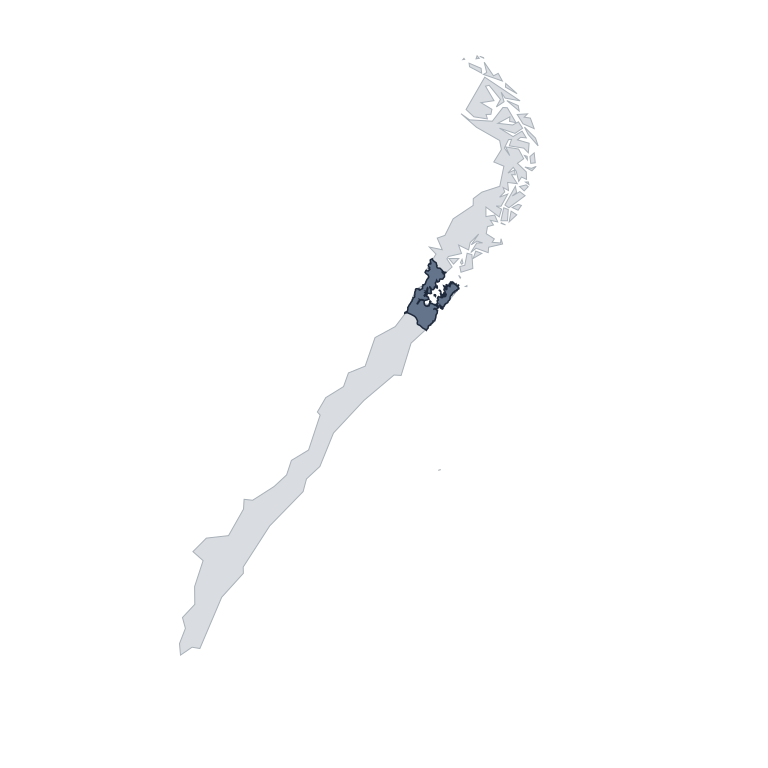 Los Lagos highlighted on a map of Chile, rotated 208°
{"feature_id": "CHL-2704", "entity_name": "Los Lagos", "entity_type": "Region", "adm_level": 1, "iso_a3": "CHL", "parent_name": "Chile", "parent_adm1": "", "projection": "robinson", "projection_center": [-73.115, -42.159], "detail": "fine", "context": "in_parent", "style": "filled", "palette": "slate", "viewbox_px": 768, "rotation_deg": 208, "n_neighbors": 0, "source": "natural_earth", "source_scale": "10m", "svg_char_len": 9817}
<svg xmlns="http://www.w3.org/2000/svg" viewBox="0 0 768 768"><g transform="rotate(208 384 384)"><path d="M422.4,64.0L429.9,61.5L436.4,49.1L442.7,58.8L444.6,75.0L452.3,83.2L447.6,100.6L456.1,116.2L460.8,143.1L474.0,146.3L468.5,164.5L450.1,177.1L449.3,207.6L453.4,216.5L445.4,219.7L432.9,241.9L427.3,258.0L429.9,273.1L419.6,290.3L425.8,326.6L429.7,328.0L429.0,344.7L418.5,362.7L420.6,377.1L409.0,390.9L413.7,420.8L401.0,440.0L397.7,460.3L400.3,482.2L394.7,491.5L395.2,500.0L400.2,503.0L399.1,523.1L408.3,526.2L395.6,529.9L405.5,537.8L400.0,543.8L400.5,562.3L389.1,583.5L392.2,589.6L387.7,599.3L374.6,612.9L380.4,632.6L391.3,631.6L390.4,646.1L396.2,653.3L423.0,654.1L442.9,658.8L432.5,657.4L411.7,666.9L408.8,684.0L404.8,685.8L390.2,676.7L396.4,674.8L398.3,679.0L405.9,667.6L392.0,673.1L388.4,678.6L381.7,674.9L386.0,666.8L402.2,664.1L386.2,663.0L380.8,672.1L373.9,668.1L379.2,665.9L380.8,662.2L368.9,664.7L365.1,655.9L371.3,657.9L385.2,653.1L386.2,659.9L388.8,658.2L388.5,648.9L380.2,644.7L387.8,650.5L375.5,654.6L366.4,648.5L369.8,641.5L358.0,638.1L354.2,631.6L359.7,631.3L360.2,626.2L367.1,633.9L371.6,636.0L373.6,628.4L369.3,634.1L366.3,630.4L369.6,628.7L360.4,623.4L369.5,620.0L364.9,613.3L371.1,613.4L367.6,610.3L369.7,603.2L363.9,609.8L364.1,595.9L368.6,593.8L362.3,593.6L360.7,585.6L377.1,588.1L372.6,579.7L365.6,585.1L359.7,580.5L366.9,578.5L362.0,575.8L366.5,571.5L364.3,564.7L354.7,563.9L355.0,559.9L347.3,563.2L348.9,567.2L345.0,563.3L355.8,553.9L353.7,548.9L366.4,547.1L369.1,540.8L368.3,552.1L363.1,554.9L369.0,553.8L372.3,547.9L370.8,560.9L374.3,549.4L372.3,542.1L383.4,541.7L376.8,535.6L387.0,526.8L387.2,524.0L378.8,519.3L385.9,499.6L385.7,485.9L390.9,488.2L389.6,481.1L385.0,479.8L391.6,475.3L392.3,472.7L372.0,476.9L368.5,463.5L379.3,432.8L372.9,399.6L379.4,396.6L394.0,360.1L405.6,317.0L401.9,281.1L407.9,263.8L404.9,251.0L418.3,205.1L422.4,156.3L419.3,150.8L427.2,119.6L422.4,64.0ZM440.4,664.9L439.1,702.2L396.8,697.9L411.3,693.3L417.6,696.7L410.5,689.6L414.9,681.4L414.8,690.0L431.4,697.1L434.2,694.6L419.9,685.8L430.5,677.9L417.7,677.2L416.2,672.3L420.4,669.9L417.2,666.6L430.1,662.1L440.4,664.9ZM371.6,504.9L362.9,502.9L367.8,477.8L376.5,484.8L371.3,491.7L376.3,497.8L371.6,504.9ZM361.3,598.8L360.8,620.2L356.9,615.4L359.0,610.2L354.4,617.6L347.8,616.5L356.5,598.2L361.3,598.8ZM421.7,707.1L441.6,704.0L439.5,707.2L446.6,715.2L432.0,707.5L429.0,711.9L421.7,707.1ZM372.2,523.3L368.4,526.7L372.0,538.5L367.1,539.5L359.8,527.7L368.5,518.8L372.2,523.3ZM383.4,679.0L392.9,684.5L384.1,689.9L385.5,685.4L379.6,687.5L371.3,680.0L383.4,679.0ZM392.8,688.5L408.6,691.9L396.2,692.8L392.8,688.5ZM459.5,707.2L446.5,708.3L443.7,704.3L457.4,704.3L459.5,707.2ZM361.0,595.8L356.2,596.4L351.6,586.1L357.4,583.0L361.0,595.8ZM352.9,596.3L346.2,595.7L349.6,585.9L352.9,596.3ZM385.6,525.3L376.9,529.9L378.9,522.5L385.6,525.3ZM358.0,647.7L361.9,653.3L359.9,658.6L354.3,650.3L358.0,647.7ZM359.7,666.6L373.8,672.0L380.6,676.8L365.6,672.2L359.7,666.6ZM365.4,544.4L358.9,545.3L364.2,536.8L365.4,544.4ZM402.8,702.8L416.1,703.1L417.6,706.5L402.8,702.8ZM353.7,600.0L349.9,605.6L346.5,606.2L347.2,600.4L353.7,600.0ZM357.0,622.0L352.0,626.5L349.3,625.9L350.9,620.3L357.0,622.0ZM361.5,641.7L355.0,643.7L351.8,647.6L353.5,641.7L361.5,641.7ZM351.5,630.2L349.7,628.2L353.9,628.7L351.5,630.2ZM373.6,530.7L371.0,527.8L371.6,526.2L373.5,527.1L373.6,530.7ZM367.3,651.7L364.5,652.2L362.7,649.3L367.3,651.7ZM356.1,581.4L351.4,581.5L356.0,580.8L356.1,581.4ZM455.4,714.3L455.9,717.5L452.8,716.3L455.4,714.3ZM366.4,513.2L369.1,515.0L366.4,514.1L366.4,513.2ZM453.3,718.3L449.3,718.9L449.0,718.5L453.3,718.3ZM466.7,707.4L466.3,709.1L465.2,708.5L466.7,707.4ZM295.6,333.2L294.1,334.8L294.0,334.7L295.6,333.2ZM357.9,508.3L357.0,509.8L356.5,508.9L357.9,508.3Z" fill="#d9dde1" stroke="#a8b0b8" stroke-width="1"/><path d="M399.9,481.2L400.5,482.0L400.5,482.9L400.3,483.2L399.6,483.7L398.4,483.9L397.8,484.5L397.5,484.3L397.1,483.6L396.6,483.6L396.2,484.0L395.9,484.9L395.0,486.0L394.8,486.4L395.0,486.9L395.9,487.9L395.6,489.0L396.2,489.8L395.0,490.7L394.7,491.2L394.6,491.8L394.8,492.3L394.7,492.9L395.0,494.0L395.1,496.5L394.6,498.9L394.8,499.6L395.9,500.7L396.5,501.0L398.6,501.2L400.2,501.9L400.2,504.1L400.0,504.3L399.4,504.1L398.0,504.5L397.9,505.3L397.5,505.7L397.5,506.4L397.3,506.7L397.5,506.9L398.0,506.8L398.5,507.0L398.6,507.6L398.3,508.1L398.4,508.3L399.4,508.4L400.6,509.4L400.7,510.9L399.4,511.6L399.1,512.1L399.2,512.4L399.5,512.5L400.1,512.4L399.9,513.4L400.4,513.7L401.4,515.1L401.2,515.7L400.2,517.2L399.4,516.4L397.0,515.7L395.1,515.6L394.6,515.3L393.7,514.1L392.9,513.6L392.7,513.3L392.9,512.8L391.7,511.7L390.7,511.7L389.3,512.4L388.7,512.5L385.8,511.6L385.0,510.0L384.6,510.2L384.3,511.1L383.6,510.9L381.9,511.6L381.7,511.4L381.9,511.1L382.7,510.5L382.9,509.8L383.8,509.5L383.7,509.2L382.1,509.2L380.9,507.0L381.3,505.6L381.3,504.4L381.7,503.9L383.8,503.0L383.8,502.2L383.4,500.6L384.4,499.2L385.3,499.1L385.5,499.9L386.3,500.3L385.9,499.1L386.1,497.3L384.8,496.1L384.4,494.6L384.4,493.6L384.8,493.4L385.0,493.1L384.4,492.3L384.6,491.1L385.0,490.2L386.0,490.0L387.1,490.2L388.5,491.2L389.1,491.2L388.8,490.6L387.1,489.8L386.5,489.0L386.5,488.2L385.9,488.1L385.5,486.8L384.9,486.7L384.7,486.6L384.7,486.3L385.2,485.7L388.3,484.6L388.8,485.1L390.2,489.1L390.7,489.5L390.8,489.1L390.5,487.6L389.9,486.5L390.0,486.1L390.9,485.6L390.2,485.5L389.9,484.9L390.0,484.5L390.7,484.0L389.8,483.7L389.8,482.6L390.1,481.0L389.4,480.6L388.5,482.0L388.0,482.0L387.7,481.6L387.4,481.8L387.0,481.4L386.6,481.7L386.3,481.7L385.0,480.9L384.7,480.4L384.1,479.9L385.1,479.2L385.2,478.7L387.6,476.6L388.7,476.7L389.2,476.4L389.7,476.5L390.9,476.0L391.8,475.3L392.5,475.3L391.9,474.7L392.2,473.4L392.5,473.1L392.1,472.4L392.5,471.0L392.5,470.6L392.2,470.4L391.9,470.7L392.2,471.1L391.8,471.9L391.5,474.3L390.9,475.5L388.5,476.4L387.2,475.9L386.9,474.7L386.4,474.3L386.0,473.5L384.8,472.7L384.2,472.9L383.3,472.4L382.8,473.0L382.2,472.9L382.0,473.2L382.0,473.7L381.0,474.0L380.9,474.2L381.2,474.5L381.1,474.8L381.5,475.1L381.4,475.6L381.7,476.1L381.1,476.4L380.5,477.1L380.1,477.1L379.7,477.7L376.4,477.5L376.6,477.9L375.5,478.0L373.1,477.2L371.7,477.0L372.1,476.6L372.5,475.9L372.6,475.1L373.0,474.7L374.6,474.6L375.5,472.9L374.4,474.3L373.8,474.4L373.1,474.2L372.3,474.2L371.5,473.7L371.1,473.8L371.0,473.5L371.1,473.1L370.5,472.1L370.3,471.3L370.5,469.8L370.3,468.8L369.4,466.6L369.4,466.0L369.2,465.6L369.0,463.5L370.3,462.5L369.7,461.6L370.1,460.8L370.2,459.8L370.9,458.8L370.5,458.1L370.8,457.7L371.6,457.1L372.1,456.0L371.3,453.9L371.6,453.3L371.8,451.2L372.9,451.6L376.1,451.6L379.7,452.6L381.7,452.4L382.6,452.6L383.3,453.4L383.8,455.1L384.2,455.6L386.5,457.3L387.8,457.9L389.3,458.2L393.1,458.2L396.7,457.9L398.4,456.8L398.9,456.2L399.1,456.6L399.0,457.2L397.5,459.1L398.1,461.3L399.0,462.9L398.7,463.9L398.9,465.3L398.7,466.9L398.4,467.1L398.6,468.3L398.2,470.4L398.5,471.6L398.4,472.9L398.9,473.9L397.8,474.8L397.8,475.4L398.6,476.5L398.8,477.7L399.7,479.1L400.0,480.4L399.9,481.2ZM363.7,503.8L363.2,504.0L362.7,503.5L362.6,503.1L363.1,502.7L363.4,501.6L364.0,501.3L364.0,501.1L363.6,500.6L363.9,500.2L364.4,500.1L365.1,499.3L365.1,499.1L364.7,498.7L365.4,498.3L365.1,497.4L365.8,497.2L366.0,496.8L366.1,496.1L365.9,495.9L366.1,495.5L365.9,494.8L366.3,494.5L366.1,494.0L366.5,493.5L366.5,492.6L366.3,491.5L366.0,490.7L365.6,490.4L365.7,489.9L365.6,489.0L366.3,487.0L365.9,486.1L366.0,485.6L367.5,483.7L367.4,483.0L367.7,482.4L367.5,480.5L368.1,479.8L368.2,479.5L367.8,478.9L367.5,478.7L367.4,478.0L367.8,477.4L369.0,478.1L369.2,477.7L369.5,477.6L369.8,478.0L369.8,478.7L368.5,478.3L368.2,478.4L368.2,478.7L368.5,479.1L370.2,479.5L370.5,479.5L370.8,478.9L371.6,479.7L371.5,478.9L372.7,478.1L373.5,478.5L373.9,477.9L374.5,478.0L374.9,478.6L375.1,478.5L375.4,478.7L374.7,479.2L375.0,479.8L374.8,480.2L374.4,480.2L374.3,480.5L374.9,480.8L375.5,481.7L376.0,482.2L376.2,482.8L375.4,483.5L375.6,484.0L377.0,484.8L376.8,485.2L377.2,485.6L377.1,486.3L376.9,486.8L376.4,486.7L375.3,487.1L374.1,487.1L373.1,487.6L372.8,487.9L373.0,488.6L372.7,489.3L373.1,489.9L373.8,490.4L372.5,490.8L371.8,490.7L371.3,490.2L371.8,489.5L371.7,489.4L371.1,489.8L370.8,490.4L371.2,490.9L370.9,491.7L371.0,492.1L372.1,492.9L372.6,493.0L373.6,494.4L375.2,495.2L375.5,495.7L375.5,496.6L375.3,496.8L374.4,496.8L373.9,496.6L373.7,496.9L372.5,496.6L373.4,497.2L373.3,497.8L373.6,497.9L373.7,498.2L374.3,498.3L375.1,499.8L374.2,499.5L373.9,499.5L373.9,499.8L374.5,499.8L375.6,500.6L375.4,501.1L375.1,501.2L374.2,500.8L372.3,501.4L372.1,500.8L371.5,501.0L372.0,501.9L371.8,502.6L372.0,502.9L373.1,504.0L373.1,504.3L372.9,504.4L372.2,504.4L373.0,505.0L373.1,505.3L372.9,505.6L372.2,505.8L371.2,505.2L371.2,506.1L370.8,505.9L370.5,506.3L370.1,506.3L369.4,505.3L368.8,505.4L368.5,505.7L368.0,505.3L367.6,505.2L367.3,505.5L367.2,505.9L366.6,505.1L364.2,504.5L363.7,503.8ZM376.7,490.6L376.6,491.3L375.7,490.1L373.8,489.3L373.3,488.2L374.8,488.1L375.2,488.9L376.7,490.6ZM389.4,484.1L388.0,483.2L388.3,482.7L388.8,482.3L389.2,482.4L389.5,482.7L389.5,483.9L389.4,484.1ZM373.9,497.8L374.2,497.4L374.7,497.5L376.6,498.1L377.3,498.7L376.1,498.8L375.4,498.2L373.9,497.8ZM373.9,491.5L373.9,492.6L373.0,492.3L372.3,492.5L371.8,491.9L373.1,491.7L373.7,491.4L373.9,491.5ZM381.3,478.7L381.5,478.1L381.3,477.0L381.6,476.8L382.5,478.7L382.4,478.9L382.0,479.0L381.3,478.7ZM382.1,493.6L382.6,493.7L382.8,494.2L383.1,494.3L383.3,493.9L383.5,494.1L383.7,495.2L383.1,495.5L382.0,493.9L382.1,493.6ZM381.0,485.6L381.5,486.1L381.5,486.5L380.5,486.9L379.9,486.4L379.8,485.8L380.5,486.3L381.0,485.6ZM372.4,502.1L373.2,502.3L373.4,502.9L373.2,503.2L372.4,502.7L372.2,502.3L372.4,502.1ZM377.6,492.3L379.1,492.5L379.1,492.8L378.3,492.9L377.5,492.4L377.6,492.3ZM364.8,505.0L364.8,505.7L365.1,506.1L364.8,506.4L364.4,506.2L364.5,505.2L364.8,505.0Z" fill="#64748b" stroke="#1e293b" stroke-width="1.5"/></g></svg>